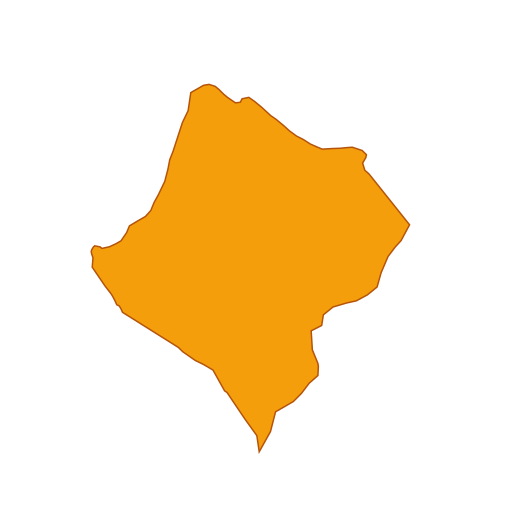 Matu, Sarawak, Malaysia, rotated 63°
{"feature_id": "92858781B59965147339315", "entity_name": "Matu", "entity_type": "district", "adm_level": 2, "iso_a3": "MYS", "parent_name": "Malaysia", "parent_adm1": "Sarawak", "projection": "natural_earth1", "projection_center": [111.67, 2.652], "detail": "fine", "context": "isolated", "style": "filled", "palette": "amber", "viewbox_px": 512, "rotation_deg": 63, "n_neighbors": 0, "source": "geoboundaries", "source_scale": "gbopen_adm2", "svg_char_len": 1351}
<svg xmlns="http://www.w3.org/2000/svg" viewBox="0 0 512 512"><g transform="rotate(63 256 256)"><path d="M431.9,342.0L419.0,322.8L403.7,309.3L402.6,288.7L399.0,277.8L393.5,266.4L390.6,255.1L382.6,250.5L379.7,249.6L365.2,248.4L347.7,240.8L347.7,229.0L339.0,222.7L336.4,210.5L339.0,196.6L341.5,187.0L341.2,174.4L338.6,162.2L327.7,152.1L316.4,138.6L311.3,128.1L308.1,119.7L297.9,105.0L234.1,118.1L229.0,120.1L221.6,118.8L218.2,113.5L215.9,111.6L210.2,113.5L202.8,120.8L200.6,126.0L198.3,131.9L194.9,139.2L190.9,148.4L186.4,152.3L180.7,156.9L173.9,160.8L167.6,165.4L159.7,169.4L152.8,172.0L143.7,175.9L137.5,179.2L126.7,183.2L117.6,187.1L111.4,190.4L109.6,197.0L111.9,200.2L110.2,204.8L101.7,209.4L97.1,211.4L90.9,213.4L86.4,215.3L81.8,219.9L80.1,225.2L80.8,239.9L95.7,250.5L103.7,261.0L112.1,269.4L125.1,282.4L131.0,289.1L138.6,295.0L148.1,303.4L157.1,315.2L161.9,322.3L167.7,329.1L170.6,336.6L171.0,345.1L171.7,355.1L176.4,360.6L181.2,369.4L181.5,375.7L181.2,382.5L179.3,389.8L177.1,390.8L173.7,395.1L174.2,396.9L175.6,399.2L177.2,400.8L179.7,401.5L183.7,402.1L191.6,407.0L214.4,404.1L224.4,402.2L228.7,402.0L232.6,402.0L236.2,402.2L238.5,400.5L242.3,400.3L245.6,400.5L302.2,366.7L308.1,364.7L321.4,357.6L329.0,351.9L338.1,346.1L361.9,345.2L364.4,343.8L396.2,339.9L416.4,336.8L431.9,342.0Z" fill="#f59e0b" stroke="#b45309" stroke-width="1.5"/></g></svg>